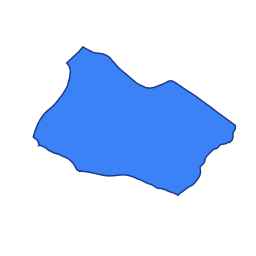 the district of Ahwar, Abyan, Yemen, rotated 39°
{"feature_id": "15242507B84026195338374", "entity_name": "Ahwar", "entity_type": "district", "adm_level": 2, "iso_a3": "YEM", "parent_name": "Yemen", "parent_adm1": "Abyan", "projection": "equal_earth", "projection_center": [46.668, 13.683], "detail": "fine", "context": "isolated", "style": "filled", "palette": "blue", "viewbox_px": 256, "rotation_deg": 39, "n_neighbors": 0, "source": "geoboundaries", "source_scale": "gbopen_adm2", "svg_char_len": 5526}
<svg xmlns="http://www.w3.org/2000/svg" viewBox="0 0 256 256"><g transform="rotate(39 128 128)"><path d="M60.2,194.7L60.5,194.7L61.2,194.5L61.9,194.5L62.1,194.5L62.3,194.7L62.6,194.5L64.9,194.6L65.3,194.7L65.6,194.9L66.0,194.9L66.6,195.0L67.1,195.2L67.5,195.3L67.7,195.6L67.7,195.8L67.7,196.1L68.0,196.2L68.3,196.4L68.7,196.6L68.9,196.8L69.2,196.8L69.3,196.9L69.7,197.3L69.9,197.3L69.9,197.5L70.1,197.2L70.4,197.1L70.8,196.8L71.5,196.5L72.1,196.3L72.5,196.1L73.0,196.1L73.6,195.9L74.1,195.8L75.0,195.6L75.8,195.4L76.8,195.2L77.1,195.2L77.3,195.2L77.6,195.2L77.8,195.3L78.0,195.3L78.2,195.2L78.7,195.2L79.7,195.0L79.8,195.1L79.9,195.3L80.2,195.2L81.5,195.1L82.0,194.9L82.7,194.7L82.9,194.7L83.1,194.6L83.7,194.6L83.9,194.4L84.4,194.3L84.7,194.2L85.0,194.0L85.3,194.0L85.6,194.0L85.9,194.1L86.0,194.1L86.1,193.9L86.5,193.7L87.0,193.6L87.4,193.4L87.7,193.3L88.1,193.2L88.6,193.0L88.9,192.8L89.1,192.8L89.3,192.6L90.6,192.1L91.8,191.8L92.2,191.6L92.8,191.4L93.1,191.4L94.1,191.2L94.4,191.1L95.0,191.1L95.8,190.8L97.1,190.4L97.4,190.3L97.8,190.2L98.2,190.0L98.3,190.0L98.5,190.0L98.8,189.8L99.0,189.9L99.6,189.8L100.4,189.6L100.6,189.6L100.9,189.5L101.1,189.5L101.8,189.4L101.9,189.5L102.1,189.5L102.5,189.4L102.8,189.5L103.4,189.5L104.2,189.6L105.2,189.6L105.7,189.8L106.6,189.8L108.1,190.1L109.1,190.4L109.3,190.5L109.5,190.5L110.0,190.7L110.2,190.8L110.8,191.1L111.3,191.2L111.7,191.4L112.6,191.8L113.2,192.1L114.0,192.3L114.3,192.4L114.6,192.4L115.1,192.4L115.2,192.6L115.3,192.5L115.5,192.5L116.7,192.2L117.3,191.9L117.5,191.9L117.6,192.0L117.7,191.8L117.9,191.8L118.1,191.5L118.3,191.5L118.3,191.4L118.5,191.3L119.2,190.7L121.0,189.6L122.1,188.9L122.3,188.8L122.7,188.5L123.3,188.2L123.8,187.8L124.1,187.7L124.3,187.5L124.5,187.5L124.9,187.2L125.1,187.2L125.6,186.9L126.2,186.5L127.1,186.1L127.8,185.7L128.7,185.2L129.3,184.9L131.0,184.0L131.6,183.8L132.5,183.3L133.6,182.8L134.3,182.4L134.8,182.2L135.0,182.1L136.5,181.3L138.2,180.5L139.1,180.0L139.7,179.6L140.0,179.5L142.0,178.2L143.5,177.0L145.7,175.2L148.3,172.7L150.5,170.4L152.7,168.3L152.9,168.2L153.1,168.0L153.5,167.7L153.9,167.4L155.0,166.5L155.9,165.9L156.3,165.7L156.5,165.6L157.2,165.1L157.4,165.0L157.7,164.9L158.8,164.3L159.8,163.9L160.7,163.6L161.7,163.2L162.3,163.0L162.5,162.9L162.9,162.8L163.5,162.6L164.2,162.4L164.8,162.1L165.2,162.0L165.7,161.9L166.0,161.8L166.4,161.8L166.6,161.7L167.2,161.6L167.6,161.6L167.8,161.5L168.1,161.2L168.7,161.1L168.8,161.0L169.2,160.9L169.6,160.7L170.1,160.6L170.6,160.4L171.1,160.3L172.0,160.0L172.6,159.9L174.3,159.7L174.7,159.6L175.9,159.3L177.2,158.9L179.2,158.3L181.2,157.4L181.5,157.4L182.2,157.1L182.6,157.0L183.5,156.9L184.1,156.8L186.8,156.5L187.0,156.5L187.9,156.4L188.4,156.2L188.9,156.1L189.5,155.8L189.9,155.5L190.3,155.1L190.6,154.9L190.9,154.8L192.0,154.1L193.0,153.7L193.8,153.4L194.5,153.0L195.1,152.8L195.4,152.7L195.5,152.7L196.2,152.5L196.7,152.3L197.2,152.2L198.4,151.8L198.9,151.8L199.8,151.5L200.8,151.2L201.9,150.7L202.3,150.6L202.7,150.4L203.2,150.2L203.6,150.0L204.2,149.8L204.8,149.6L205.2,149.6L205.6,149.5L205.9,149.4L206.3,149.3L207.3,149.2L207.8,149.0L209.2,148.8L209.3,146.7L210.9,140.8L211.7,137.8L211.9,137.1L212.2,136.2L212.8,134.3L213.7,132.6L214.2,130.4L214.3,129.0L214.4,127.6L214.4,126.5L214.4,125.1L214.2,123.0L214.0,120.8L213.5,119.3L212.9,118.1L212.4,117.1L211.2,115.7L209.0,113.4L208.5,112.3L208.4,111.8L209.0,109.8L209.0,108.1L208.8,105.9L208.1,104.8L207.4,103.2L207.0,101.8L206.9,100.3L206.9,99.0L207.4,95.0L207.8,91.2L208.1,90.5L208.6,89.9L209.2,88.9L210.0,87.8L210.0,86.9L210.1,86.0L210.3,82.8L214.2,78.2L215.0,75.4L216.1,75.4L216.2,74.4L216.6,72.2L215.3,68.8L213.4,66.9L212.5,64.7L212.1,62.2L211.6,60.7L210.6,59.5L210.0,58.5L182.0,59.8L181.9,59.6L171.8,60.2L164.7,60.5L158.5,60.8L149.0,61.9L136.5,62.9L132.5,63.7L130.1,65.9L127.8,71.2L122.8,80.0L120.0,83.2L116.5,85.4L115.9,85.6L107.1,87.7L82.9,87.2L71.8,85.3L70.0,84.7L69.4,84.8L68.9,84.8L68.4,84.8L67.8,84.8L67.4,84.8L66.8,85.0L66.2,85.0L65.6,85.1L65.0,85.2L64.4,85.4L63.9,85.5L63.5,85.7L63.0,85.9L62.5,86.0L61.9,86.3L61.5,86.4L61.1,86.6L60.6,86.9L60.1,87.1L59.6,87.5L59.2,87.8L58.7,88.1L58.5,88.3L58.3,88.4L57.9,88.6L57.4,88.9L57.0,89.2L56.6,89.5L56.1,89.7L55.7,90.0L55.2,90.2L54.7,90.5L54.3,90.7L53.8,90.9L53.4,91.1L52.9,91.2L52.4,91.4L51.9,91.5L51.4,91.6L50.9,91.7L50.3,91.8L49.8,92.0L49.3,92.1L48.8,92.2L48.3,92.2L47.9,92.3L47.4,92.4L47.0,92.5L46.5,92.6L46.0,92.8L45.5,92.9L45.1,92.9L44.6,93.0L44.0,93.1L43.5,93.1L43.0,93.2L42.6,93.3L42.1,93.4L41.8,93.4L41.8,99.7L39.4,116.0L39.5,116.0L40.0,116.2L40.6,116.2L41.1,116.4L41.5,116.4L42.0,116.5L42.4,116.7L42.9,116.8L43.3,117.1L43.8,117.3L44.2,117.6L44.7,117.8L45.1,118.1L45.5,118.5L46.0,118.8L46.4,119.1L46.8,119.4L47.1,119.8L47.5,120.2L47.9,120.7L48.2,121.2L48.5,121.7L48.8,122.2L49.1,122.7L49.4,123.1L49.8,123.6L50.1,124.1L50.3,124.6L50.7,125.0L50.9,125.6L51.2,126.1L51.4,126.6L51.6,127.2L51.9,127.8L52.2,128.3L52.4,128.9L52.7,129.5L52.9,130.0L53.1,130.6L53.9,132.0L54.9,135.1L55.9,142.2L56.2,151.2L56.2,155.4L55.4,161.0L54.5,165.2L54.1,168.5L54.0,171.6L54.1,172.2L54.1,172.8L54.2,173.5L54.2,174.2L54.3,174.8L54.3,175.5L54.4,176.1L54.4,176.8L54.6,177.4L54.7,178.0L54.9,178.6L55.0,179.3L55.1,179.9L55.2,180.5L55.3,181.1L55.5,181.7L55.6,182.3L55.8,182.9L56.0,183.5L56.2,184.1L56.3,184.6L56.7,185.8L56.9,186.3L57.1,187.0L57.2,187.6L57.3,187.8L57.5,188.6L57.7,189.1L57.9,189.6L58.0,189.8L58.2,190.3L58.4,190.8L58.7,191.4L58.9,191.9L59.0,192.2L59.1,192.5L59.3,193.0L59.6,193.5L59.9,194.0L60.0,194.4L60.2,194.7Z" fill="#3b82f6" stroke="#1e3a8a" stroke-width="1.5"/></g></svg>